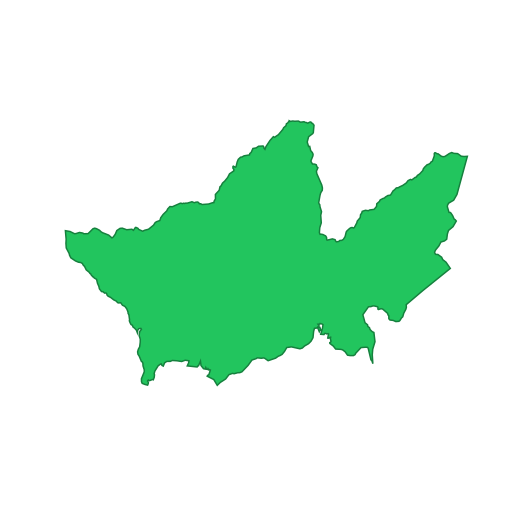 outline of Carlibaba, Suceava, Romania, rotated 106°
{"feature_id": "2599482B80597695869620", "entity_name": "Carlibaba", "entity_type": "district", "adm_level": 2, "iso_a3": "ROU", "parent_name": "Romania", "parent_adm1": "Suceava", "projection": "robinson", "projection_center": [25.055, 47.601], "detail": "fine", "context": "isolated", "style": "filled", "palette": "green", "viewbox_px": 512, "rotation_deg": 106, "n_neighbors": 0, "source": "geoboundaries", "source_scale": "gbopen_adm2", "svg_char_len": 6128}
<svg xmlns="http://www.w3.org/2000/svg" viewBox="0 0 512 512"><g transform="rotate(106 256 256)"><path d="M284.2,446.2L292.3,443.1L296.2,442.2L300.6,440.6L305.2,436.2L306.6,435.5L308.8,433.5L310.5,428.2L310.9,425.1L310.6,422.7L311.0,420.9L312.6,419.3L313.2,418.0L316.1,415.4L317.6,411.9L318.6,410.7L318.7,410.0L319.8,409.0L321.1,406.8L321.0,406.4L321.7,405.5L322.4,402.8L326.0,400.8L328.5,398.7L330.7,397.5L332.5,395.1L332.8,394.4L332.5,393.1L333.4,391.4L332.9,390.1L333.3,389.2L334.6,388.4L335.4,387.1L335.9,384.3L337.4,380.6L337.8,378.1L339.0,376.1L339.0,375.1L338.2,373.2L340.1,370.8L340.6,368.1L342.4,365.7L345.1,363.6L346.3,363.2L347.7,361.9L352.3,359.9L353.2,359.9L354.9,358.6L356.3,357.3L356.7,355.7L358.2,354.6L358.8,352.9L360.3,350.5L362.5,348.9L359.9,349.2L358.2,348.7L357.3,346.7L358.0,345.9L360.5,346.9L362.4,346.8L364.7,346.4L367.9,344.3L370.9,343.5L375.4,342.8L378.0,343.4L380.8,343.4L383.1,342.3L384.2,340.9L388.9,337.1L389.0,336.4L390.2,335.2L392.8,334.3L396.1,332.1L398.2,331.5L405.6,332.3L408.4,331.4L409.8,330.3L410.1,327.2L410.0,324.6L408.2,324.4L407.0,324.7L406.2,325.8L405.7,325.8L404.9,325.3L405.2,324.0L403.2,321.4L403.3,320.6L400.7,320.4L398.2,320.8L397.2,321.5L394.5,321.5L388.5,319.8L386.1,317.9L385.8,317.5L387.1,316.2L387.4,314.8L383.9,314.4L381.9,312.7L380.9,309.3L379.5,307.7L378.5,303.1L377.9,298.4L375.7,295.3L375.2,291.6L377.1,291.3L380.6,291.8L378.9,282.0L377.7,281.6L377.4,281.0L372.4,280.4L376.4,278.7L378.8,275.4L378.7,273.6L377.1,273.5L378.5,272.4L378.4,271.3L377.5,271.1L378.5,269.9L378.1,269.6L378.2,268.4L383.1,268.6L384.1,269.6L385.0,269.8L386.4,262.5L391.0,257.6L387.4,255.5L382.6,251.3L377.5,249.3L375.3,246.2L375.2,244.6L373.3,241.5L372.6,239.4L371.2,237.6L363.4,233.5L357.1,231.2L354.7,227.7L353.5,226.6L352.8,222.6L351.9,220.7L351.9,219.5L353.3,215.5L348.8,209.0L345.9,206.7L345.4,205.8L343.4,203.8L339.9,202.3L335.5,201.2L333.6,196.9L333.1,188.2L331.7,186.1L329.1,184.5L325.8,181.3L322.7,179.6L318.8,178.7L312.7,179.8L309.4,179.9L308.4,177.5L307.6,177.2L311.3,174.3L309.9,174.1L309.4,173.3L306.9,175.0L307.1,176.2L305.6,176.2L304.5,177.6L303.9,175.9L303.2,175.8L303.2,173.7L303.5,172.7L307.0,172.2L313.4,172.2L312.8,169.0L311.5,168.6L311.2,167.5L311.4,166.5L310.7,165.3L310.9,164.8L315.1,164.4L315.0,163.6L313.5,161.9L314.0,161.7L314.7,161.9L317.3,160.4L318.2,160.5L318.9,161.2L319.7,160.9L321.3,156.8L323.5,153.8L322.4,148.9L322.3,147.0L323.5,143.9L326.1,140.7L325.8,138.1L324.9,134.9L323.5,133.6L321.9,133.3L315.1,129.8L313.4,125.3L313.1,123.6L313.8,122.7L324.1,116.9L324.9,115.6L327.3,114.0L318.9,117.0L313.4,118.1L305.6,118.0L297.0,121.6L296.7,123.4L296.1,124.6L295.2,126.1L293.6,127.2L292.9,129.1L291.4,129.8L290.1,132.8L283.0,137.1L273.8,133.9L273.0,131.6L271.7,129.8L271.4,128.3L271.3,125.1L271.8,124.6L273.4,124.2L273.7,123.6L272.2,121.2L272.1,119.6L274.8,113.8L276.4,112.7L276.8,111.9L279.7,111.0L280.6,109.6L280.1,106.4L280.5,103.5L279.4,100.6L278.4,99.9L275.5,99.1L274.0,98.2L270.2,98.2L266.0,97.3L263.9,97.3L261.4,98.2L242.8,85.8L214.4,65.8L209.6,71.6L208.0,75.5L206.0,77.2L204.4,81.6L204.9,83.7L204.3,84.6L203.1,85.4L200.6,85.0L196.0,83.0L191.6,82.1L189.6,79.0L187.3,77.3L182.1,78.1L178.4,78.0L173.5,74.7L167.2,73.1L166.3,74.4L165.8,75.8L162.9,78.2L160.9,80.6L160.6,81.3L160.9,82.5L155.8,85.7L154.1,85.9L152.0,85.3L147.9,81.4L141.5,79.8L101.9,80.3L103.0,83.4L103.5,86.2L102.0,90.4L102.8,94.1L102.6,96.4L104.2,98.4L108.2,101.8L109.0,103.5L109.0,105.4L107.6,109.1L107.8,110.0L107.3,112.1L107.5,112.6L108.3,112.9L110.7,112.2L116.3,112.6L117.6,113.8L118.7,114.0L120.5,115.6L121.0,116.6L124.3,118.5L126.2,119.2L127.9,119.2L132.0,121.3L134.1,123.1L135.9,123.6L136.5,124.6L139.9,127.2L139.8,128.6L141.6,130.6L144.4,131.7L147.7,134.4L150.3,137.4L151.0,137.8L151.9,139.9L154.4,141.2L155.4,142.1L160.4,143.5L161.5,145.9L163.7,147.9L164.9,148.5L165.6,149.7L167.9,152.1L169.5,152.4L172.5,154.3L175.1,153.8L178.6,155.3L180.4,159.4L181.5,160.5L181.9,163.4L183.8,166.2L185.5,166.2L187.5,166.9L190.3,166.4L194.6,168.3L196.2,168.2L201.5,169.3L202.2,169.9L202.1,171.4L202.5,172.4L203.7,173.6L206.8,175.5L208.0,175.9L212.8,175.7L215.9,176.6L217.3,177.8L217.9,179.6L219.2,180.5L220.2,182.5L220.0,183.2L218.5,184.5L218.5,187.3L221.2,192.0L220.6,192.6L218.7,193.3L217.5,194.6L216.9,197.7L217.1,199.5L217.5,200.4L216.1,201.5L211.2,202.5L206.1,202.4L199.0,205.0L195.4,205.2L191.1,208.0L189.0,208.9L188.7,209.5L187.6,210.4L180.0,211.2L177.3,211.2L174.6,210.4L172.3,210.9L169.7,212.3L160.0,220.3L157.8,221.3L154.1,220.8L153.4,222.1L151.7,223.2L151.5,224.8L152.0,227.1L150.0,229.2L149.0,229.4L144.1,228.9L142.4,229.2L141.0,230.4L139.6,232.5L135.8,234.6L136.3,235.6L132.3,238.2L126.8,238.3L122.7,235.2L121.6,234.9L114.3,236.3L112.9,238.2L113.0,238.9L112.1,240.2L112.3,241.0L114.1,242.9L113.8,244.3L114.0,245.6L113.7,246.8L115.1,250.1L114.6,252.4L115.8,255.9L116.1,257.9L117.1,259.9L116.8,261.4L117.8,261.2L118.0,261.7L119.6,262.3L120.4,263.2L122.5,263.1L125.1,264.8L126.9,265.1L133.2,267.9L136.8,270.9L136.5,272.2L141.1,274.4L148.2,276.6L151.0,276.8L150.1,278.1L149.0,278.6L148.3,279.5L149.8,283.8L152.0,285.6L153.5,288.6L157.8,289.2L159.2,290.2L160.6,290.1L163.0,295.1L164.7,296.8L165.3,298.1L168.0,299.7L170.8,300.0L175.7,299.8L176.3,300.3L175.9,302.6L176.3,302.8L177.9,302.4L178.9,301.1L180.3,300.8L184.3,304.1L188.4,304.9L192.6,306.7L195.2,308.3L198.2,308.9L199.3,309.7L203.0,309.5L208.0,312.0L212.3,310.7L214.9,311.4L216.3,311.2L216.8,312.5L219.1,315.9L221.4,322.1L221.0,323.5L221.4,324.9L220.5,325.8L220.2,326.9L220.8,328.6L221.8,330.0L221.5,332.5L224.3,336.9L224.4,337.9L225.2,339.1L225.1,339.9L226.0,341.3L225.9,342.7L226.2,343.4L231.7,350.0L232.2,352.4L235.2,353.9L237.2,354.2L241.6,356.7L245.4,358.1L248.4,358.2L250.3,360.9L251.6,362.1L254.6,363.0L259.9,366.7L261.9,370.1L263.4,371.8L262.8,376.0L261.9,377.2L261.6,379.2L261.8,379.8L265.1,380.9L264.5,382.7L266.4,387.5L266.1,392.2L266.9,394.3L269.9,396.8L273.9,397.3L277.2,398.5L278.3,399.5L276.5,403.4L275.9,410.0L275.4,411.7L274.4,413.5L273.7,416.8L273.7,418.7L274.7,420.2L280.8,423.6L282.1,427.7L281.7,428.7L282.0,432.1L284.1,435.3L284.6,436.6L283.7,441.5L284.2,446.2Z" fill="#22c55e" stroke="#15803d" stroke-width="1.5"/></g></svg>